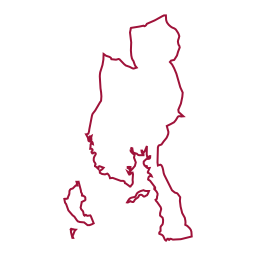 map outline of Veraguas (Equal Earth projection)
{"feature_id": "PAN-1341", "entity_name": "Veraguas", "entity_type": "Province", "adm_level": 1, "iso_a3": "PAN", "parent_name": "Panama", "parent_adm1": "", "projection": "equal_earth", "projection_center": [-81.249, 8.046], "detail": "fine", "context": "isolated", "style": "outline", "palette": "rose", "viewbox_px": 256, "rotation_deg": 0, "n_neighbors": 0, "source": "natural_earth", "source_scale": "10m", "svg_char_len": 5773}
<svg xmlns="http://www.w3.org/2000/svg" viewBox="0 0 256 256"><path d="M131.0,27.9L134.8,27.3L139.2,26.6L143.5,25.7L144.3,26.2L145.2,25.9L146.1,25.1L146.9,23.8L154.7,20.4L162.3,16.2L164.0,15.4L165.9,15.4L165.9,16.5L166.0,16.9L166.1,19.7L166.4,20.9L167.0,22.5L168.1,24.0L168.8,24.9L170.6,26.5L172.3,27.6L174.1,28.3L175.2,29.0L175.9,29.6L178.0,32.8L178.7,34.3L179.3,36.2L178.8,38.2L178.2,39.9L177.9,41.5L178.3,43.9L178.7,45.0L179.3,45.8L179.5,46.5L179.7,47.5L178.1,51.6L177.0,55.5L174.2,59.9L171.1,60.6L169.9,62.0L172.1,64.5L174.1,68.2L176.4,73.7L180.3,87.3L182.7,92.6L182.3,96.9L180.9,103.6L178.3,109.8L178.7,112.1L183.4,116.3L181.1,116.5L180.2,116.2L178.9,116.2L177.9,116.7L175.7,120.3L174.0,122.3L170.5,124.2L166.8,126.0L168.4,131.9L168.2,134.0L167.2,136.6L166.4,138.1L163.6,141.5L161.5,144.5L158.9,145.4L158.4,146.0L157.9,147.3L157.5,162.4L157.9,165.5L160.3,164.7L161.3,165.2L161.7,165.8L162.4,167.2L163.0,169.3L163.7,173.1L164.3,174.9L172.0,190.3L174.9,192.6L177.0,193.2L177.6,193.7L180.2,197.2L179.9,200.9L180.6,206.7L182.2,213.1L184.8,217.8L185.4,220.9L185.5,222.9L185.3,224.3L185.3,224.9L186.8,225.6L187.7,226.3L189.8,228.4L190.8,229.9L191.4,231.8L191.7,236.5L180.8,239.2L172.9,239.6L170.8,238.8L170.1,238.8L169.6,239.6L169.1,239.9L168.6,239.6L168.1,238.8L167.4,238.8L166.0,240.6L164.9,239.7L163.3,236.2L162.8,235.6L162.0,234.9L161.2,234.5L160.2,234.2L159.3,233.8L159.2,232.9L159.7,231.9L160.2,231.5L160.6,230.9L160.5,228.0L160.6,226.9L161.1,226.0L162.2,224.8L162.6,224.2L163.0,222.4L163.1,219.9L162.6,217.7L160.1,215.6L160.1,213.1L161.2,209.0L160.7,207.2L157.1,202.0L156.8,201.7L156.0,200.8L155.5,199.8L156.8,198.9L157.0,197.7L157.1,196.4L157.5,195.2L157.6,193.7L156.7,191.8L155.3,190.1L154.3,189.2L154.3,188.3L155.1,188.3L155.1,187.4L150.2,180.9L149.3,180.2L148.5,179.9L148.1,179.4L148.3,178.2L148.7,177.0L149.5,176.2L150.5,175.9L151.7,176.3L151.2,175.1L150.1,174.0L148.8,173.1L147.9,172.7L147.8,172.1L149.6,168.0L148.5,168.1L147.6,168.0L146.8,167.6L146.2,167.0L146.5,166.9L146.8,167.0L146.9,166.8L146.9,166.2L144.6,165.6L143.7,163.7L143.7,161.7L144.5,160.7L145.0,160.4L145.5,159.8L146.2,159.2L147.2,158.9L148.5,158.9L149.5,158.6L150.1,157.8L150.2,156.1L149.6,156.1L147.4,157.8L146.7,154.3L146.9,146.0L144.7,151.3L143.2,153.1L142.1,150.6L141.5,150.6L141.7,152.0L142.1,153.0L142.6,153.8L143.5,154.3L143.5,155.2L139.0,155.2L138.1,154.9L136.8,153.7L135.6,153.4L133.1,152.4L132.6,150.3L132.3,148.3L130.5,147.8L131.5,148.4L131.8,148.8L131.9,149.7L130.6,150.3L130.8,151.4L132.6,153.4L134.3,154.6L134.6,154.8L134.4,155.9L134.1,156.9L134.0,157.7L135.8,162.4L134.9,165.9L132.6,168.7L130.5,170.8L130.1,169.7L130.0,169.0L130.2,168.6L130.5,168.0L130.5,167.0L129.1,166.9L127.7,167.0L127.7,168.0L128.8,168.4L129.4,169.2L130.5,171.7L129.2,172.4L128.6,172.3L127.7,171.7L128.5,173.3L129.2,174.5L129.8,174.5L131.1,173.5L132.6,172.7L133.0,174.2L132.6,180.0L132.8,181.6L132.8,182.5L132.6,183.7L132.2,184.3L131.0,185.7L130.5,186.5L129.8,186.5L128.9,185.7L125.7,183.4L125.0,183.2L124.5,181.5L123.2,180.9L120.9,180.9L112.7,177.9L110.0,178.2L109.6,176.6L108.9,175.3L108.1,174.2L107.3,173.6L105.0,174.4L102.1,174.0L99.9,172.8L99.7,170.8L100.6,170.4L102.4,169.1L103.6,167.7L99.6,166.2L98.5,166.6L98.4,169.0L96.1,166.8L95.0,166.2L95.0,165.3L95.6,164.1L95.1,163.0L94.2,161.8L93.7,160.3L93.8,158.1L94.3,156.7L95.7,154.3L95.7,153.4L95.0,152.8L94.3,152.5L93.6,152.7L92.9,153.4L92.3,153.4L91.6,152.5L91.6,151.5L92.5,150.5L92.5,149.5L91.7,148.8L90.2,148.8L90.5,146.8L90.6,144.5L91.2,143.3L92.9,144.1L92.7,142.9L92.3,142.1L90.9,140.5L91.4,139.5L91.2,137.5L91.6,135.9L90.4,136.6L89.8,136.4L89.6,136.5L89.6,138.2L90.1,140.1L90.2,141.0L89.9,141.5L89.2,141.3L88.6,140.9L88.3,140.1L88.2,139.2L87.9,137.7L86.1,134.4L86.3,134.4L88.3,133.7L88.7,132.6L89.1,131.0L89.3,129.4L91.9,116.0L92.3,114.6L92.7,113.7L95.2,110.5L100.2,102.0L100.7,101.4L100.9,101.1L101.1,100.4L101.4,96.4L101.1,92.4L100.5,88.2L100.2,83.2L99.8,76.5L99.9,74.6L100.2,72.3L102.5,64.9L103.4,59.5L103.6,54.0L106.1,55.8L109.2,56.8L110.3,57.4L110.9,57.9L111.4,59.2L116.0,59.7L118.6,59.0L119.5,59.3L124.1,64.1L125.8,65.5L129.8,66.9L132.0,68.1L133.1,68.5L133.9,68.5L136.7,67.6L135.1,65.6L134.3,63.5L133.9,62.3L133.5,61.1L132.7,60.0L131.9,58.3L131.3,55.5L130.9,50.5L131.2,42.4L130.0,32.5L130.7,29.1L130.7,28.4L131.0,27.9ZM86.0,214.9L87.2,215.8L90.3,215.4L90.9,216.3L93.7,223.3L91.8,224.3L89.6,225.1L87.5,225.1L84.1,222.4L79.8,222.0L77.9,221.4L76.8,220.2L74.4,216.7L72.5,215.2L68.4,210.4L66.1,204.0L65.3,203.0L65.0,202.4L64.3,198.9L64.7,198.8L66.7,198.8L67.7,198.4L67.7,197.9L68.9,194.9L69.1,194.8L69.4,193.2L69.4,192.0L69.5,190.9L70.1,189.7L70.9,189.0L72.7,188.5L75.5,185.7L76.5,185.0L76.5,185.5L77.3,185.5L77.0,184.5L76.8,182.8L76.5,181.8L77.3,181.8L77.3,182.8L77.9,182.8L77.8,182.1L78.0,181.9L78.3,181.9L78.6,181.8L80.9,190.5L81.0,192.0L81.2,192.3L82.0,193.9L82.0,194.3L81.9,195.4L82.0,195.7L82.3,195.8L83.1,195.6L83.4,195.7L84.3,196.5L84.9,196.8L85.3,197.6L85.4,199.8L84.9,200.4L81.7,202.0L81.6,202.9L80.8,206.8L80.6,207.5L81.2,209.2L83.0,211.3L83.4,212.7L83.6,214.1L84.0,215.2L84.7,215.7L85.4,214.9L86.0,214.9ZM137.4,192.9L138.7,192.0L140.5,191.1L143.5,190.2L144.8,190.8L146.1,191.0L149.0,191.0L147.8,193.9L147.0,195.2L145.9,195.7L144.8,196.4L144.0,196.6L143.1,196.1L142.5,195.4L141.9,195.0L141.3,194.8L140.4,194.8L139.4,195.1L138.9,195.8L138.5,196.7L138.0,197.4L135.2,199.3L133.8,201.5L133.2,202.0L132.4,202.0L131.5,201.7L130.7,201.4L130.5,201.2L127.8,202.5L127.1,202.4L128.1,200.7L129.0,199.3L130.1,198.3L131.3,197.7L134.9,196.9L135.9,195.7L136.5,194.2L137.4,192.9ZM71.7,229.7L72.7,229.2L73.5,229.3L74.5,229.6L75.8,229.7L74.6,231.0L73.3,234.5L72.4,236.2L72.8,236.8L73.2,237.9L72.4,237.9L70.9,231.8L71.1,230.7L70.7,229.9L70.6,229.5L71.1,228.8L71.4,228.8L71.7,228.9L71.8,229.1L71.7,229.7Z" fill="none" stroke="#9f1239" stroke-width="2"/></svg>